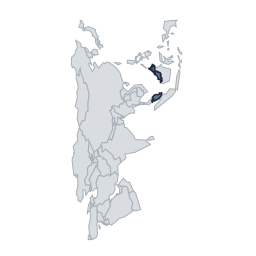 where Malaysia sits in Asia, rotated 267°
{"feature_id": "MYS", "entity_name": "Malaysia", "entity_type": "country or territory", "adm_level": 0, "iso_a3": "MYS", "parent_name": "Asia", "parent_adm1": "", "projection": "albers", "projection_center": [110.864, 4.107], "detail": "fine", "context": "in_parent", "style": "filled", "palette": "slate", "viewbox_px": 256, "rotation_deg": 267, "n_neighbors": 45, "source": "natural_earth", "source_scale": "50m", "svg_char_len": 16512}
<svg xmlns="http://www.w3.org/2000/svg" viewBox="0 0 256 256"><g transform="rotate(267 128 128)"><path d="M131.2,79.6L128.2,80.5L127.1,82.5L123.5,81.9L122.1,84.4L117.5,85.1L119.0,87.7L117.9,88.9L106.8,87.0L105.4,88.1L101.2,87.6L96.4,90.4L92.9,89.5L91.9,86.7L89.8,85.5L84.5,85.5L78.2,82.1L73.4,82.6L73.1,88.0L69.8,86.3L66.8,86.9L66.9,85.4L63.1,82.4L68.2,81.9L68.4,79.6L61.1,79.7L56.5,76.6L58.7,74.0L60.5,74.9L64.7,72.9L73.6,74.9L83.8,75.3L84.3,74.8L81.4,73.7L84.7,72.6L83.4,71.7L84.3,71.4L98.2,70.5L101.5,70.9L102.0,72.2L106.2,72.5L106.0,73.2L112.4,72.2L117.9,77.0L124.0,76.9L131.2,79.6Z" fill="#d9dde1" stroke="#a8b0b8" stroke-width="1"/><path d="M73.1,88.0L73.4,82.6L78.2,82.1L84.5,85.5L89.8,85.5L91.9,86.7L92.9,89.5L95.7,90.4L100.8,88.2L99.7,89.3L104.5,90.5L102.1,91.5L99.9,91.3L100.1,90.2L97.6,90.4L96.1,92.2L94.6,92.0L95.7,94.3L94.6,95.9L78.2,86.2L75.2,88.2L73.1,88.0Z" fill="#d9dde1" stroke="#a8b0b8" stroke-width="1"/><path d="M232.6,170.1L233.1,182.5L231.3,181.0L226.4,181.4L228.3,179.2L226.8,175.6L218.4,172.3L217.1,173.5L215.1,171.1L218.4,169.8L215.5,169.9L212.2,167.5L218.9,167.0L219.8,170.8L221.9,171.9L225.6,168.6L232.6,170.1ZM201.7,182.9L200.7,185.3L198.8,185.5L199.8,183.7L201.7,182.9ZM219.6,178.7L219.4,177.3L220.1,175.9L220.6,177.4L219.6,178.7ZM187.6,158.1L186.5,159.9L189.8,164.4L187.5,164.6L184.4,173.8L172.9,171.8L170.4,165.4L171.8,162.3L173.4,164.7L179.8,163.8L181.4,163.4L183.7,157.8L187.6,158.1ZM207.2,172.3L212.2,171.7L212.9,173.1L207.2,172.3ZM205.2,173.1L203.9,172.8L203.5,172.0L205.4,171.9L205.2,173.1ZM207.0,161.6L208.5,163.6L207.5,167.6L206.0,163.9L207.0,161.6ZM193.5,163.5L201.9,163.2L198.9,165.5L192.1,165.6L191.9,167.1L193.6,168.8L198.2,167.2L194.7,169.7L198.0,176.2L196.2,176.2L197.2,174.6L194.8,174.8L193.7,171.1L192.4,171.7L192.7,176.7L191.5,177.0L189.4,171.5L191.4,165.8L193.5,163.5ZM193.5,185.1L190.0,184.3L191.8,183.9L193.5,185.1ZM191.8,182.9L195.9,182.2L197.6,181.5L197.3,182.5L191.8,182.9ZM187.8,181.6L190.3,182.7L185.6,183.4L187.8,181.6ZM164.7,177.4L177.5,179.5L183.6,182.1L181.3,182.9L163.4,179.3L164.7,177.4ZM159.7,167.5L164.9,172.0L164.3,177.4L162.1,177.4L158.0,174.2L144.2,155.3L148.4,155.8L154.4,162.0L158.0,163.4L160.5,165.9L159.7,167.5Z" fill="#d9dde1" stroke="#a8b0b8" stroke-width="1"/><path d="M201.9,183.8L203.6,182.0L206.3,181.9L201.9,183.8Z" fill="#d9dde1" stroke="#a8b0b8" stroke-width="1"/><path d="M35.0,97.9L33.2,100.1L32.7,104.1L31.8,101.1L33.6,98.1L35.0,97.9Z" fill="#d9dde1" stroke="#a8b0b8" stroke-width="1"/><path d="M36.6,96.5L33.7,98.0L36.3,95.8L36.6,96.5Z" fill="#d9dde1" stroke="#a8b0b8" stroke-width="1"/><path d="M34.3,99.3L33.0,100.9L33.7,99.0L34.3,99.3Z" fill="#d9dde1" stroke="#a8b0b8" stroke-width="1"/><path d="M34.3,99.3L40.5,98.2L41.1,100.3L36.9,101.0L38.6,102.9L34.8,104.8L32.7,104.1L34.3,99.3Z" fill="#d9dde1" stroke="#a8b0b8" stroke-width="1"/><path d="M63.0,116.0L67.5,116.6L71.9,114.0L69.2,119.7L63.6,118.4L63.0,116.0Z" fill="#d9dde1" stroke="#a8b0b8" stroke-width="1"/><path d="M61.6,115.0L61.6,113.7L62.7,112.7L63.2,114.3L61.6,115.0Z" fill="#d9dde1" stroke="#a8b0b8" stroke-width="1"/><path d="M55.8,105.2L57.7,107.9L54.3,106.7L55.8,105.2Z" fill="#d9dde1" stroke="#a8b0b8" stroke-width="1"/><path d="M41.1,100.3L40.5,98.2L44.7,96.8L45.5,93.7L48.4,92.3L52.1,92.9L54.3,95.6L52.8,98.3L56.2,101.1L58.1,105.6L50.8,106.3L41.1,100.3Z" fill="#d9dde1" stroke="#a8b0b8" stroke-width="1"/><path d="M69.6,119.3L72.1,115.5L78.1,120.6L74.2,124.2L73.8,126.6L64.8,130.3L63.0,125.7L68.8,124.3L70.3,120.7L69.6,119.3ZM72.4,113.0L71.6,113.4L72.2,112.8L72.4,113.0Z" fill="#d9dde1" stroke="#a8b0b8" stroke-width="1"/><path d="M158.3,142.6L159.1,138.7L164.9,139.4L165.8,138.1L167.9,140.1L167.7,142.4L164.5,143.9L165.3,145.0L160.0,145.6L158.3,142.6Z" fill="#d9dde1" stroke="#a8b0b8" stroke-width="1"/><path d="M163.4,138.7L159.1,138.7L158.3,142.6L153.6,140.2L151.9,148.2L157.4,154.1L155.5,155.1L149.8,149.9L152.6,143.1L150.1,136.9L151.4,134.9L148.6,130.6L150.3,128.3L153.8,127.0L156.0,128.8L155.6,132.5L159.6,131.0L162.5,132.7L164.1,136.2L163.4,138.7Z" fill="#d9dde1" stroke="#a8b0b8" stroke-width="1"/><path d="M167.5,138.8L163.4,138.7L164.1,136.2L161.0,131.2L155.6,132.5L156.0,128.8L153.8,127.0L157.0,125.7L156.8,123.6L159.7,126.5L162.0,126.5L162.7,128.1L161.0,129.3L167.4,135.6L167.5,138.8Z" fill="#d9dde1" stroke="#a8b0b8" stroke-width="1"/><path d="M153.8,127.0L150.3,128.3L148.6,130.6L151.4,134.9L150.1,136.9L152.6,143.1L150.6,146.8L150.6,140.7L148.2,133.5L144.7,135.7L142.5,135.0L142.8,131.0L139.2,124.8L144.7,115.7L148.4,114.9L148.8,112.8L151.3,114.2L149.2,120.6L151.2,120.3L152.8,122.4L152.2,123.9L155.8,124.4L153.8,127.0Z" fill="#d9dde1" stroke="#a8b0b8" stroke-width="1"/><path d="M161.6,145.9L165.3,145.0L164.5,143.9L167.7,142.4L167.8,136.9L161.0,129.3L162.7,128.1L162.0,126.5L159.7,126.5L157.8,123.3L163.7,121.8L168.8,125.1L164.3,129.7L170.3,136.8L170.9,143.7L163.2,149.5L161.6,145.9Z" fill="#d9dde1" stroke="#a8b0b8" stroke-width="1"/><path d="M210.5,89.4L208.8,91.8L204.8,93.6L206.1,95.7L199.7,96.3L200.9,94.2L198.8,93.4L200.3,92.4L203.5,90.4L206.0,90.9L205.7,90.1L209.2,88.6L210.5,89.4Z" fill="#d9dde1" stroke="#a8b0b8" stroke-width="1"/><path d="M202.4,96.8L206.4,95.3L208.5,98.2L207.9,101.0L203.1,102.2L202.3,98.4L203.7,98.1L202.4,96.8Z" fill="#d9dde1" stroke="#a8b0b8" stroke-width="1"/><path d="M131.9,79.5L140.1,77.7L149.3,79.3L152.2,76.4L161.0,79.0L166.8,78.8L169.7,80.1L173.7,80.3L180.5,78.8L184.7,79.3L183.0,82.2L187.3,81.7L190.4,83.1L178.9,86.3L176.0,85.9L175.0,86.8L175.9,87.9L173.3,89.2L163.2,91.0L155.7,89.4L147.4,89.1L145.6,86.9L137.6,85.2L137.7,82.9L131.9,79.5Z" fill="#d9dde1" stroke="#a8b0b8" stroke-width="1"/><path d="M148.8,112.8L148.4,114.9L144.7,115.7L139.9,123.8L139.0,120.9L138.1,122.0L137.1,121.1L139.4,118.4L134.9,117.8L132.4,115.6L131.7,116.8L133.0,117.8L131.4,119.1L132.5,119.6L132.7,124.3L129.1,124.5L128.2,127.0L119.8,133.4L116.2,134.5L114.9,145.1L110.3,149.5L103.4,133.8L102.1,123.7L98.0,124.4L94.0,119.0L99.4,118.1L96.8,113.3L99.0,111.6L101.1,111.8L107.9,104.6L105.3,101.0L111.1,100.7L113.0,99.4L114.9,101.5L114.4,106.2L118.7,108.6L116.7,111.0L122.6,113.7L131.4,115.7L132.8,112.7L132.9,114.5L134.6,115.2L138.9,115.1L138.3,113.4L146.6,110.7L146.8,112.5L148.8,112.8Z" fill="#d9dde1" stroke="#a8b0b8" stroke-width="1"/><path d="M139.0,120.9L139.3,126.3L137.6,122.4L135.8,122.3L135.4,124.1L133.0,123.6L131.4,119.1L133.0,117.8L131.7,116.8L132.4,115.6L134.9,117.8L139.4,118.4L137.1,121.1L138.1,122.0L139.0,120.9Z" fill="#d9dde1" stroke="#a8b0b8" stroke-width="1"/><path d="M138.3,113.4L138.9,115.1L132.9,114.5L135.2,112.4L138.3,113.4Z" fill="#d9dde1" stroke="#a8b0b8" stroke-width="1"/><path d="M131.6,113.1L131.4,115.7L129.9,115.6L116.7,111.0L119.5,108.2L127.3,112.4L131.6,113.1Z" fill="#d9dde1" stroke="#a8b0b8" stroke-width="1"/><path d="M113.0,99.4L111.1,100.7L105.3,101.0L107.9,104.6L101.1,111.8L99.0,111.6L96.8,113.3L99.4,118.1L94.0,119.0L90.8,115.7L81.6,115.8L82.5,113.8L85.2,113.0L81.0,107.4L84.1,108.4L91.2,107.9L92.4,105.5L96.9,104.7L102.0,97.3L108.1,96.6L109.9,98.7L113.0,99.4Z" fill="#d9dde1" stroke="#a8b0b8" stroke-width="1"/><path d="M88.9,95.6L97.1,96.0L100.2,94.0L102.0,96.9L104.6,95.8L108.1,96.6L100.8,97.9L101.4,99.5L100.0,101.3L98.2,101.2L98.9,102.3L96.9,104.7L92.4,105.5L91.2,107.9L84.1,108.4L81.0,107.4L82.8,105.9L80.7,101.9L82.2,97.6L85.5,98.2L88.9,95.6Z" fill="#d9dde1" stroke="#a8b0b8" stroke-width="1"/><path d="M94.6,95.9L95.7,94.3L94.6,92.0L100.1,90.2L100.7,91.3L97.8,92.3L105.5,92.8L107.8,96.1L102.0,96.9L100.2,94.0L97.1,96.0L94.6,95.9Z" fill="#d9dde1" stroke="#a8b0b8" stroke-width="1"/><path d="M100.8,88.2L105.4,88.1L106.8,87.0L117.9,88.9L105.5,92.8L97.8,92.3L98.0,91.4L104.5,90.5L99.7,89.3L100.8,88.2Z" fill="#d9dde1" stroke="#a8b0b8" stroke-width="1"/><path d="M66.8,86.9L69.8,86.3L72.2,88.1L75.2,88.2L78.2,86.2L92.3,94.4L92.2,95.4L90.8,94.8L84.1,98.3L82.2,97.6L82.1,96.2L75.3,93.3L68.9,94.2L69.1,91.4L67.0,89.6L67.5,88.3L70.8,88.4L69.1,86.5L67.3,87.9L66.8,86.9Z" fill="#d9dde1" stroke="#a8b0b8" stroke-width="1"/><path d="M58.1,105.6L56.2,101.1L52.8,98.3L54.3,95.6L51.2,91.6L51.1,89.3L54.8,90.7L58.4,89.6L60.3,92.9L63.2,94.3L68.7,94.6L74.0,93.1L82.1,96.2L80.7,101.9L82.8,105.9L81.0,107.4L85.2,113.0L82.5,113.8L81.6,115.8L74.0,114.1L73.4,111.9L66.9,111.7L63.3,109.6L61.0,105.4L58.1,105.6Z" fill="#d9dde1" stroke="#a8b0b8" stroke-width="1"/><path d="M34.7,98.8L36.6,96.5L35.5,94.3L37.2,92.2L47.6,92.5L45.5,93.7L44.7,96.8L36.7,99.6L34.7,98.8Z" fill="#d9dde1" stroke="#a8b0b8" stroke-width="1"/><path d="M55.5,90.7L50.4,87.9L50.4,86.6L54.0,87.4L55.5,90.7Z" fill="#d9dde1" stroke="#a8b0b8" stroke-width="1"/><path d="M52.1,92.9L37.2,92.2L36.0,93.7L36.1,92.4L33.5,91.9L24.2,92.0L20.5,90.8L18.2,86.1L24.1,84.0L32.1,83.6L40.8,86.0L48.7,85.7L52.4,88.9L51.1,89.3L52.1,92.9ZM18.5,82.5L22.0,82.6L23.7,83.8L18.7,85.1L18.5,82.5Z" fill="#d9dde1" stroke="#a8b0b8" stroke-width="1"/><path d="M118.4,150.6L118.1,152.6L115.5,153.5L114.5,149.2L115.4,146.1L118.4,150.6Z" fill="#d9dde1" stroke="#a8b0b8" stroke-width="1"/><path d="M171.5,131.3L169.9,129.1L174.0,127.8L173.1,130.4L171.5,131.3ZM105.5,92.8L119.0,87.7L117.5,85.1L122.1,84.4L123.5,81.9L127.1,82.5L128.2,80.5L131.9,79.5L137.7,82.9L137.6,85.2L145.6,86.9L147.4,89.1L155.7,89.4L163.2,91.0L171.1,89.7L175.9,87.9L175.0,86.8L176.0,85.9L178.9,86.3L186.1,83.6L190.2,83.6L187.3,81.7L182.6,81.6L184.7,79.3L189.5,78.9L192.1,76.5L191.1,75.6L194.8,74.7L201.6,75.4L204.8,79.2L207.9,79.5L210.9,81.7L218.3,80.5L214.9,85.3L211.1,85.6L210.5,89.4L209.2,88.6L205.7,90.1L206.0,90.9L203.5,90.4L198.8,93.4L192.9,95.1L194.9,92.7L193.9,91.9L186.4,95.4L190.4,97.9L192.5,96.7L195.3,97.4L195.7,98.2L189.5,101.6L194.6,106.9L193.5,108.7L195.0,110.1L194.3,112.9L188.7,119.5L183.6,122.8L174.0,125.4L173.3,127.3L172.3,127.4L172.2,125.4L166.9,124.6L166.3,122.8L163.7,121.8L156.8,123.6L157.0,125.7L152.2,123.9L152.8,122.4L151.2,120.3L149.2,120.6L151.3,114.2L149.9,112.7L146.8,112.5L146.6,110.7L139.8,113.2L135.2,112.4L132.9,114.1L132.8,112.7L127.3,112.4L114.4,106.2L114.9,101.5L109.9,98.7L105.5,92.8Z" fill="#d9dde1" stroke="#a8b0b8" stroke-width="1"/><path d="M194.0,118.1L193.5,122.7L192.7,124.2L191.5,121.3L194.0,118.1Z" fill="#d9dde1" stroke="#a8b0b8" stroke-width="1"/><path d="M55.7,85.9L58.2,87.2L59.7,86.3L62.8,88.9L61.3,88.9L59.8,91.7L58.4,89.6L55.5,90.7L54.0,88.8L53.0,86.6L55.7,87.1L55.7,85.9ZM54.8,90.7L53.6,90.3L52.4,88.9L54.1,89.5L54.8,90.7Z" fill="#d9dde1" stroke="#a8b0b8" stroke-width="1"/><path d="M44.0,82.6L54.0,84.8L56.0,87.0L46.7,85.6L46.7,84.0L44.0,82.6Z" fill="#d9dde1" stroke="#a8b0b8" stroke-width="1"/><path d="M193.9,142.5L192.1,140.1L194.4,140.9L193.9,142.5ZM197.3,148.6L197.2,145.0L197.9,146.2L199.3,144.3L197.3,148.6ZM201.9,147.1L204.1,152.0L203.5,153.8L202.8,151.8L201.9,152.8L202.0,155.2L199.7,154.1L198.5,150.9L195.3,152.1L198.2,149.2L202.0,148.6L201.9,147.1ZM190.9,145.7L186.2,150.0L190.6,144.2L190.9,145.7ZM195.8,131.1L194.7,138.5L199.0,139.5L199.3,141.8L197.0,139.9L192.7,139.4L193.3,138.1L191.3,136.5L192.7,130.6L195.8,131.1ZM195.4,145.9L195.1,143.1L197.5,143.7L195.4,145.9ZM202.0,142.5L202.6,144.6L201.1,144.1L200.7,146.4L199.6,141.8L202.0,142.5Z" fill="#d9dde1" stroke="#a8b0b8" stroke-width="1"/><path d="M182.9,155.6L182.7,157.8L181.4,158.4L180.5,157.4L182.9,155.6Z" fill="#d9dde1" stroke="#a8b0b8" stroke-width="1"/><path d="M231.3,93.7L228.5,100.3L222.9,101.4L220.4,103.3L219.0,101.5L211.4,102.9L213.3,104.1L212.2,107.0L210.1,107.1L210.5,105.5L208.5,103.9L214.4,100.3L220.0,99.9L221.9,97.0L223.1,97.7L226.8,95.4L228.3,90.7L230.2,90.3L231.3,93.7ZM236.0,86.2L237.3,85.6L237.8,87.2L233.5,89.3L230.6,88.4L229.7,90.0L227.6,90.1L227.3,88.7L230.1,87.3L231.1,84.2L236.0,86.2ZM214.0,103.5L216.8,101.9L218.4,102.8L215.2,104.8L214.0,103.5Z" fill="#d9dde1" stroke="#a8b0b8" stroke-width="1"/><path d="M63.0,125.7L64.8,130.3L62.9,132.1L46.0,136.4L44.8,131.4L46.6,127.1L53.3,128.8L57.6,126.0L63.0,125.7Z" fill="#d9dde1" stroke="#a8b0b8" stroke-width="1"/><path d="M32.8,104.4L37.6,103.7L38.6,102.9L36.9,101.0L41.1,100.3L50.8,106.3L55.9,107.0L60.6,111.5L63.6,118.4L69.6,119.3L70.3,120.7L68.8,124.3L57.6,126.0L53.3,128.8L46.6,127.1L45.3,129.3L39.2,119.5L38.4,115.0L31.9,106.6L32.8,104.4Z" fill="#d9dde1" stroke="#a8b0b8" stroke-width="1"/><path d="M33.1,93.7L29.9,95.2L28.7,94.2L33.1,93.7Z" fill="#d9dde1" stroke="#a8b0b8" stroke-width="1"/><path d="M187.0,158.1L186.9,158.1L186.4,157.8L186.1,157.8L185.6,157.8L185.3,157.7L185.2,157.8L185.0,157.7L184.8,157.8L184.7,157.8L184.6,157.7L184.4,157.7L184.2,157.7L184.0,157.9L183.8,157.8L183.7,157.8L183.4,158.1L183.3,158.3L183.2,158.5L183.1,158.9L183.1,159.1L183.2,159.4L183.2,159.5L183.0,160.0L182.9,160.3L182.7,160.4L182.4,160.4L182.3,160.6L182.2,160.7L182.2,160.8L182.3,160.8L182.2,160.9L182.2,161.1L182.3,161.1L182.4,161.3L182.2,161.4L182.0,161.6L181.8,161.8L181.7,161.8L181.6,162.0L181.7,162.3L181.8,162.3L181.7,162.5L181.4,162.9L181.4,163.0L181.2,163.3L180.9,163.3L180.7,163.3L180.4,163.4L180.2,163.4L179.8,163.5L179.7,163.6L179.4,163.8L179.2,163.6L178.9,163.6L178.4,163.4L178.2,163.4L178.2,163.2L177.2,163.2L177.0,163.3L176.8,163.3L176.7,163.4L176.6,163.6L176.5,163.8L176.4,164.0L176.1,164.0L175.9,164.2L175.9,164.3L175.7,164.2L175.4,164.3L174.9,164.2L174.6,164.2L174.2,164.2L173.6,164.5L173.4,164.5L173.2,164.4L172.7,163.9L172.4,163.7L172.2,163.5L172.1,163.4L171.9,163.2L171.7,162.7L171.7,162.3L171.8,162.5L172.2,162.8L172.4,162.9L172.7,162.9L172.9,162.9L173.0,162.9L173.7,163.2L173.9,163.2L174.2,163.2L174.2,163.3L174.6,163.5L174.8,163.5L174.5,163.3L174.4,163.2L174.5,163.0L174.6,162.9L174.7,162.5L174.7,162.3L174.8,162.2L174.8,161.9L174.7,161.7L174.8,161.6L175.0,161.6L175.2,161.4L175.2,161.1L175.4,160.9L175.6,160.7L175.8,160.7L176.5,160.6L177.7,160.2L178.1,160.1L178.3,160.0L178.5,159.7L178.8,159.3L179.1,159.0L179.6,158.4L180.0,158.0L180.0,157.9L180.1,157.6L180.1,157.4L180.3,157.3L180.5,157.4L180.6,157.5L180.7,157.8L180.8,157.9L181.0,158.0L181.2,158.3L181.3,158.4L181.5,158.3L181.6,158.1L181.7,157.9L181.7,157.7L181.6,157.2L181.8,156.9L182.1,156.7L182.1,157.1L182.2,157.3L182.3,157.7L182.5,157.8L182.7,157.7L182.6,157.2L182.4,156.8L182.3,156.7L182.8,156.6L183.0,156.4L183.2,156.1L182.9,156.0L182.9,155.9L182.9,155.7L183.1,155.4L183.4,155.5L183.5,155.5L183.7,155.3L183.8,155.1L184.1,154.8L184.2,154.6L184.2,154.3L184.9,153.6L185.0,153.4L185.4,152.7L185.5,152.7L185.6,153.0L185.5,153.4L185.9,153.0L186.0,152.8L186.1,152.7L186.3,152.7L186.3,152.8L186.4,153.0L186.6,153.4L186.8,153.4L187.0,153.6L187.2,153.9L187.2,154.0L187.1,154.4L187.1,154.5L186.8,154.8L187.4,154.7L187.6,154.6L187.8,154.4L187.9,154.6L188.0,154.8L187.9,154.9L187.7,154.9L187.7,155.0L187.8,155.1L188.1,155.0L188.3,154.9L188.5,154.9L188.7,155.0L188.8,155.0L188.9,155.3L189.2,155.4L189.6,155.6L189.8,155.6L190.1,155.6L190.2,155.8L190.2,156.0L190.0,156.3L189.6,156.4L189.1,156.5L188.9,156.5L188.5,156.4L188.4,156.4L188.3,156.5L188.2,156.8L188.4,157.1L188.9,157.4L189.0,157.5L188.9,157.7L188.5,157.7L188.3,157.8L188.1,157.8L187.8,157.9L187.6,157.9L187.3,157.7L187.2,157.7L187.2,157.8L187.1,158.0L187.0,158.1ZM153.5,153.6L153.6,153.2L153.8,153.1L153.9,153.4L154.3,153.6L154.5,153.6L154.8,153.7L154.8,153.8L154.9,154.0L155.2,154.0L155.3,154.0L155.3,154.4L155.3,154.6L155.2,154.8L155.2,155.0L155.3,155.1L155.5,155.1L155.7,154.9L155.9,154.8L156.2,154.7L156.3,154.7L156.4,154.9L156.5,154.9L156.8,154.8L156.9,154.7L157.0,154.5L157.2,154.3L157.2,154.1L157.3,154.0L157.6,154.1L158.1,154.8L158.6,155.2L158.8,155.4L159.0,155.4L159.2,155.7L159.4,156.0L159.8,156.7L159.9,157.1L159.9,157.6L159.8,158.4L159.7,158.8L159.7,159.0L159.8,159.3L159.8,159.6L159.8,159.8L159.8,160.5L160.0,160.8L160.5,161.1L160.5,161.3L160.8,161.8L161.3,162.8L161.4,163.3L161.2,163.5L161.1,163.4L161.0,163.2L160.9,163.1L160.8,163.3L160.7,163.3L160.3,163.3L160.0,163.5L159.8,163.5L159.7,163.4L159.7,163.2L158.7,162.6L158.4,162.5L158.1,162.2L157.3,161.7L156.8,161.4L156.6,161.1L156.1,160.9L155.9,160.6L155.7,160.5L155.8,160.3L155.7,160.0L155.7,159.8L155.3,159.4L155.2,159.1L154.8,158.8L154.7,158.6L154.6,158.4L154.7,158.1L154.5,157.9L154.4,157.6L154.4,157.1L154.1,156.3L153.9,155.3L154.0,154.9L153.9,154.5L153.8,154.1L153.6,153.8L153.5,153.6ZM186.1,152.3L186.0,152.1L186.4,151.9L186.4,152.1L186.3,152.3L186.1,152.3ZM153.0,153.6L153.1,153.8L152.9,153.8L152.7,153.8L152.6,153.7L152.8,153.7L153.0,153.6ZM175.1,161.5L174.9,160.9L175.0,160.8L175.1,161.0L175.1,161.4L175.1,161.5ZM153.8,155.8L153.7,155.9L153.6,155.5L153.8,155.5L153.8,155.8ZM187.6,158.0L187.3,158.1L187.2,158.1L187.2,157.9L187.3,157.9L187.6,158.0ZM161.3,160.9L161.2,160.9L161.2,160.6L161.3,160.8L161.3,160.9ZM155.7,160.3L155.6,160.2L155.7,160.3Z" fill="#64748b" stroke="#1e293b" stroke-width="1.5"/></g></svg>